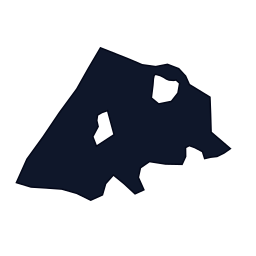 Yevlakh Rayon, orthographic projection, rotated 277°
{"feature_id": "AZE-1688", "entity_name": "Yevlakh Rayon", "entity_type": "District", "adm_level": 1, "iso_a3": "AZE", "parent_name": "Azerbaijan", "parent_adm1": "", "projection": "orthographic", "projection_center": [47.016, 40.691], "detail": "fine", "context": "isolated", "style": "filled", "palette": "ink", "viewbox_px": 256, "rotation_deg": 277, "n_neighbors": 0, "source": "natural_earth", "source_scale": "10m", "svg_char_len": 989}
<svg xmlns="http://www.w3.org/2000/svg" viewBox="0 0 256 256"><g transform="rotate(277 128 128)"><path d="M120.0,232.1L114.9,226.4L110.6,219.9L109.1,213.6L107.0,207.8L113.6,204.8L116.7,196.7L118.0,191.0L115.6,187.5L106.7,188.7L98.5,186.1L96.8,169.6L97.3,153.4L90.0,145.2L80.2,144.3L68.6,151.3L63.5,143.0L72.3,130.8L79.6,119.2L70.0,112.6L58.5,110.8L51.8,99.8L56.9,85.1L59.3,69.8L58.5,53.8L57.6,38.9L60.2,23.9L84.8,31.5L108.9,44.8L134.8,58.0L160.5,72.4L182.3,81.4L204.2,90.9L200.2,106.3L196.2,121.5L192.5,134.3L192.3,148.0L196.0,159.4L193.1,171.1L188.5,176.5L186.6,178.8L178.6,183.6L168.6,205.6L151.8,208.3L134.0,211.0L120.0,232.1ZM178.7,173.8L181.5,169.9L180.8,167.5L180.6,162.9L181.3,160.2L182.7,157.3L184.0,153.6L184.7,148.7L183.3,147.5L180.0,147.2L173.8,147.5L160.7,147.5L155.6,155.5L159.7,167.8L168.8,173.3L178.7,173.8ZM125.8,98.2L115.1,94.1L106.1,98.9L119.7,115.0L142.8,105.6L140.2,100.3L137.1,96.2L131.6,96.1L125.8,98.2Z" fill="#0f172a" stroke="#020617" stroke-width="1.5"/></g></svg>